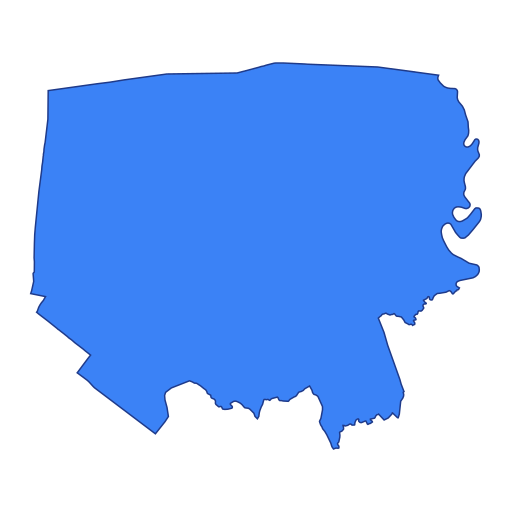 outline of Bang Nam Priao, Chachoengsao, Thailand
{"feature_id": "78962969B57123874810326", "entity_name": "Bang Nam Priao", "entity_type": "district", "adm_level": 2, "iso_a3": "THA", "parent_name": "Thailand", "parent_adm1": "Chachoengsao", "projection": "orthographic", "projection_center": [101.053, 13.869], "detail": "fine", "context": "isolated", "style": "filled", "palette": "blue", "viewbox_px": 512, "rotation_deg": 0, "n_neighbors": 0, "source": "geoboundaries", "source_scale": "gbopen_adm2", "svg_char_len": 6047}
<svg xmlns="http://www.w3.org/2000/svg" viewBox="0 0 512 512"><path d="M438.6,75.2L377.7,67.0L307.2,64.2L304.9,64.0L283.2,63.0L275.9,63.0L274.0,63.2L266.1,65.2L263.8,66.0L261.2,66.5L258.7,67.3L237.1,73.0L166.9,74.0L124.1,79.9L109.8,82.2L97.6,83.7L48.2,90.6L47.9,119.2L45.1,142.6L44.6,144.9L44.0,149.2L43.9,151.6L43.4,154.2L43.4,155.6L43.2,156.4L42.6,162.3L42.0,165.9L41.7,169.9L38.9,191.4L35.3,227.4L34.7,234.7L34.4,243.5L34.1,257.9L34.4,261.7L34.3,271.4L34.2,272.1L33.3,273.1L33.1,273.6L33.7,281.4L31.6,290.8L30.7,293.6L45.5,296.6L43.4,300.4L41.4,302.8L40.0,304.9L38.7,307.3L37.3,311.3L36.6,312.2L38.7,314.0L47.7,320.9L56.8,328.2L58.1,329.4L58.7,329.7L67.7,336.8L68.4,337.6L71.5,339.8L74.8,342.7L83.2,349.1L85.5,351.1L90.6,355.1L87.9,358.5L77.2,372.8L87.4,380.4L89.2,382.1L93.1,386.4L94.4,387.7L155.4,433.8L165.0,421.7L168.4,416.5L167.0,407.4L165.0,400.0L164.6,395.5L165.5,392.6L165.9,392.1L171.4,387.9L189.5,380.8L192.3,381.9L194.4,383.1L196.1,383.2L197.0,383.5L198.9,384.8L200.4,385.7L203.8,388.5L205.7,389.8L206.8,391.5L207.2,393.0L207.7,393.6L210.7,395.2L211.0,397.2L211.4,397.8L212.1,398.3L214.0,399.0L215.1,400.1L215.5,401.1L215.4,403.3L215.9,404.4L218.7,406.8L219.3,406.8L220.8,406.4L221.2,406.5L221.7,407.1L222.4,408.6L222.8,409.1L224.8,409.4L227.9,409.2L231.8,408.2L232.3,407.7L232.3,406.6L232.0,406.1L230.4,404.5L230.3,404.0L230.4,403.4L233.6,401.4L235.1,401.1L236.4,401.3L238.3,402.1L240.5,403.3L242.2,404.8L244.0,407.0L244.9,407.8L248.5,408.3L249.9,409.2L253.9,413.2L255.0,416.4L257.4,418.8L258.8,416.4L259.3,412.7L259.8,410.7L261.2,407.0L262.6,404.3L263.7,400.1L264.1,399.5L265.1,399.4L266.4,399.7L267.7,399.4L268.3,399.5L269.4,400.3L269.9,400.3L271.2,398.9L272.0,398.5L277.3,397.1L277.9,397.5L278.9,399.8L279.8,400.6L281.4,400.6L283.2,401.0L288.2,401.3L288.7,401.0L289.6,399.7L290.2,399.2L294.2,396.9L295.3,396.5L296.4,395.7L298.3,392.8L299.1,392.0L301.2,391.5L303.3,390.4L304.7,388.8L309.6,386.0L312.0,390.3L312.6,392.6L313.5,393.9L314.0,394.4L315.8,394.9L317.6,396.1L318.0,396.6L322.3,406.1L322.5,406.8L322.5,409.9L320.9,418.4L319.5,421.3L319.7,422.2L320.6,424.8L322.1,427.2L322.6,428.7L324.8,431.4L326.8,434.8L330.8,443.1L331.6,445.8L332.1,447.0L333.5,449.0L335.8,448.1L338.4,448.2L338.9,447.9L338.9,446.5L338.6,445.7L337.9,444.9L337.5,443.9L337.7,443.2L338.8,441.9L339.8,437.2L339.9,435.3L339.6,432.4L340.2,431.8L341.6,431.3L342.0,431.0L343.5,429.3L343.6,428.1L343.0,425.4L344.1,425.4L344.9,426.0L345.2,426.0L347.8,425.3L349.4,424.2L350.5,424.0L351.1,424.2L351.8,425.0L352.2,425.1L354.5,425.0L354.7,424.8L354.9,422.7L355.9,420.2L357.3,419.1L358.0,418.9L358.5,419.0L358.8,419.5L358.6,420.8L358.8,421.3L359.8,422.3L360.6,422.6L361.5,422.6L365.3,421.0L365.8,421.0L366.0,421.2L367.4,424.1L367.9,424.4L369.2,423.7L370.4,423.4L372.4,422.0L372.3,421.4L370.4,419.8L370.4,419.1L374.5,418.2L375.0,417.6L375.8,415.9L376.6,415.0L376.9,414.7L378.2,414.5L378.6,414.1L384.1,420.0L388.2,418.0L391.2,414.8L392.4,413.4L392.4,412.9L392.5,412.9L397.4,417.6L397.8,417.8L398.2,417.8L399.3,414.2L400.7,401.2L402.8,398.1L403.6,396.0L403.7,394.5L403.2,392.3L403.5,391.8L404.0,391.6L401.1,384.0L399.9,379.6L387.7,345.3L384.0,332.4L378.3,318.1L379.7,316.8L381.3,315.6L381.8,314.8L382.4,314.2L384.0,313.9L385.6,313.2L386.3,313.3L387.3,314.0L390.0,315.0L391.5,314.5L392.8,314.4L393.8,313.6L394.2,313.6L394.5,313.8L396.2,315.9L396.7,316.2L398.8,316.4L401.4,317.0L403.8,320.0L405.1,322.5L407.7,323.8L408.9,324.6L409.7,324.6L410.9,324.2L411.2,324.2L412.0,324.6L412.6,325.4L413.8,324.7L414.6,324.5L414.8,324.0L414.8,323.0L413.5,320.8L413.6,320.5L413.7,320.3L415.8,319.8L416.0,319.4L415.4,317.9L414.1,317.0L414.0,316.4L415.7,314.4L416.1,314.3L417.0,314.3L417.2,314.2L417.9,313.0L418.0,311.9L418.5,311.0L419.0,310.9L421.0,311.1L422.1,310.4L423.7,308.2L423.7,307.6L423.0,306.2L423.0,305.4L423.2,304.8L424.1,304.0L425.8,303.9L426.2,303.6L426.2,303.2L425.2,302.5L424.2,301.3L423.5,300.5L423.5,300.2L426.5,298.7L427.0,298.3L427.8,296.9L428.4,296.6L428.9,296.8L429.3,297.1L429.5,298.8L429.9,299.5L430.7,299.9L431.9,300.0L432.3,299.7L432.7,299.0L433.2,297.6L434.3,295.7L437.2,293.5L440.1,293.2L446.0,292.2L449.0,290.7L449.6,290.7L450.9,291.5L452.3,293.6L452.7,293.9L453.3,293.8L455.6,291.2L456.7,290.8L457.0,289.9L458.5,289.6L459.4,287.9L457.0,286.5L456.3,285.6L456.1,284.6L456.1,283.6L456.3,283.0L456.9,282.0L457.9,281.3L459.9,280.5L473.0,277.8L475.5,276.5L477.6,274.6L478.4,273.3L479.1,271.7L479.3,269.9L479.0,267.3L478.5,266.4L477.4,265.3L476.6,264.9L469.1,263.2L461.1,258.4L457.9,257.0L453.2,254.6L451.4,253.1L448.7,250.0L446.7,246.8L443.6,240.7L442.4,237.9L441.7,235.0L441.3,232.6L441.2,231.0L441.6,228.9L442.6,226.4L443.7,225.2L445.4,223.8L447.2,223.1L448.5,223.1L449.7,223.4L450.9,224.3L455.6,232.5L457.6,234.9L459.7,237.2L460.8,238.0L461.4,238.1L463.3,238.2L464.9,237.9L468.4,235.0L473.1,229.5L479.4,221.6L480.3,220.0L480.7,219.0L481.2,216.6L481.3,214.6L480.8,211.2L480.5,210.1L479.8,208.8L479.0,208.2L478.1,208.0L476.0,207.9L474.8,208.7L470.5,214.3L467.5,217.8L465.9,218.9L462.3,221.0L460.7,221.5L459.3,221.6L457.7,221.3L456.4,220.5L455.6,219.6L453.9,217.3L452.6,214.4L452.4,212.8L452.8,210.5L454.1,208.4L455.5,207.4L456.9,206.9L458.7,206.8L461.5,207.2L465.2,208.5L466.5,208.6L468.2,208.0L469.6,206.7L469.9,206.0L470.1,204.7L469.8,203.4L464.8,196.9L464.0,195.4L463.7,194.2L463.9,192.2L465.3,189.4L465.5,188.3L465.4,186.6L464.4,182.7L464.0,180.5L464.1,178.3L464.4,176.7L465.7,173.6L475.1,161.2L478.1,158.2L478.7,157.4L479.3,156.1L479.3,154.6L477.9,151.1L477.6,149.4L477.7,147.6L478.9,143.2L479.0,141.8L478.6,140.3L477.8,139.4L476.8,139.0L475.7,139.1L474.8,139.7L474.4,140.4L472.3,143.7L470.9,145.3L469.8,146.2L468.0,147.0L466.4,147.0L465.0,146.3L464.2,145.4L463.7,144.0L463.9,142.3L465.0,139.8L467.8,136.0L468.2,134.9L468.6,133.0L468.7,130.4L468.3,127.2L468.0,121.8L465.6,114.9L464.3,109.9L462.4,106.2L458.8,101.9L457.7,99.8L457.2,97.6L457.5,92.6L457.5,91.3L457.2,90.4L456.4,89.3L455.0,88.6L450.3,88.4L447.6,88.0L445.9,87.4L444.2,86.6L443.4,86.0L440.2,82.8L438.1,79.9L437.8,78.8L437.9,77.1L438.6,75.2Z" fill="#3b82f6" stroke="#1e3a8a" stroke-width="1.5"/></svg>